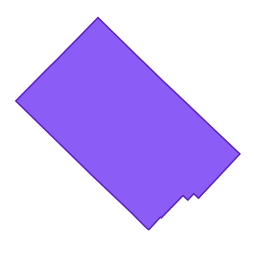 the district of Moffat, Colorado, United States of America, rotated 44°
{"feature_id": "52423323B20517885523986", "entity_name": "Moffat", "entity_type": "district", "adm_level": 2, "iso_a3": "USA", "parent_name": "United States of America", "parent_adm1": "Colorado", "projection": "albers", "projection_center": [-108.223, 40.612], "detail": "fine", "context": "isolated", "style": "filled", "palette": "violet", "viewbox_px": 256, "rotation_deg": 44, "n_neighbors": 0, "source": "geoboundaries", "source_scale": "gbopen_adm2", "svg_char_len": 550}
<svg xmlns="http://www.w3.org/2000/svg" viewBox="0 0 256 256"><g transform="rotate(44 128 128)"><path d="M213.7,186.4L213.2,169.7L214.4,169.6L214.5,138.4L221.1,138.3L221.0,129.6L227.5,129.5L226.5,68.9L220.9,69.0L191.5,69.3L158.3,69.5L143.7,69.6L128.4,69.8L120.5,69.9L92.1,69.8L89.1,69.9L77.3,69.8L48.5,69.6L29.7,69.4L29.6,95.6L29.4,112.4L29.4,120.3L29.4,121.6L29.4,126.8L29.0,138.7L28.9,144.7L28.9,145.5L28.8,153.1L28.5,186.5L136.3,187.1L189.1,186.6L207.3,187.0L213.2,186.9L213.7,186.4Z" fill="#8b5cf6" stroke="#5b21b6" stroke-width="1.5"/></g></svg>